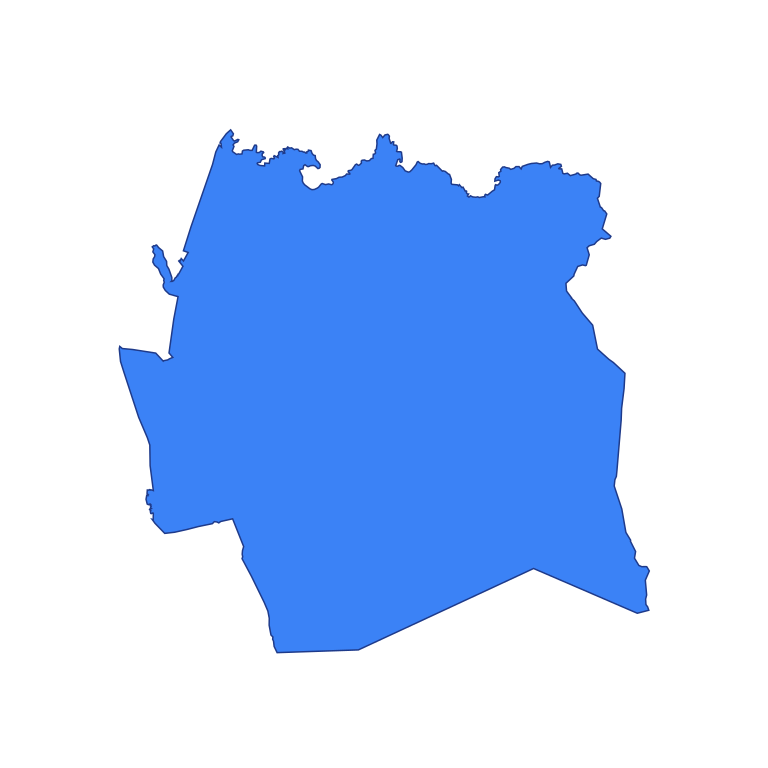 the district of Indras pag., Kraslavas, Latvia, rotated 76°
{"feature_id": "27541924B79959881652965", "entity_name": "Indras pag.", "entity_type": "district", "adm_level": 2, "iso_a3": "LVA", "parent_name": "Latvia", "parent_adm1": "Kraslavas", "projection": "albers", "projection_center": [27.484, 55.869], "detail": "fine", "context": "isolated", "style": "filled", "palette": "blue", "viewbox_px": 768, "rotation_deg": 76, "n_neighbors": 0, "source": "geoboundaries", "source_scale": "gbopen_adm2", "svg_char_len": 6170}
<svg xmlns="http://www.w3.org/2000/svg" viewBox="0 0 768 768"><g transform="rotate(76 384 384)"><path d="M100.3,471.3L102.9,476.3L109.2,484.0L110.5,484.8L111.0,483.9L114.9,484.4L112.2,486.2L118.2,491.1L129.4,497.2L184.7,533.2L206.2,546.4L209.0,542.2L216.1,548.8L213.2,550.4L215.6,552.3L214.6,552.7L215.0,553.4L221.1,550.6L227.5,556.5L227.6,557.3L228.9,557.9L228.7,558.3L230.1,559.7L230.5,560.9L232.7,562.9L233.2,564.6L233.0,565.6L232.6,564.9L229.3,564.1L220.6,564.9L216.5,566.1L212.4,565.3L207.1,567.0L201.4,566.6L197.1,569.7L194.2,571.0L194.0,571.5L194.6,573.0L194.1,574.0L194.9,575.7L197.2,574.8L199.9,576.3L203.1,575.0L205.0,575.8L206.8,577.7L209.8,578.8L213.2,577.9L217.4,574.9L223.3,574.1L228.8,571.9L230.1,572.7L232.1,572.6L234.5,574.3L236.6,574.7L240.3,573.6L244.9,570.6L249.4,562.7L270.2,572.3L301.9,585.1L307.1,582.5L307.6,585.9L308.3,588.1L308.1,592.3L308.4,592.7L298.8,598.0L289.7,619.6L286.3,629.3L283.6,631.3L285.9,632.4L298.4,634.2L309.8,633.5L357.0,630.1L378.9,626.6L386.6,626.0L406.7,630.7L431.6,633.6L430.3,635.7L430.4,636.5L429.9,636.7L429.7,637.3L430.1,637.9L429.6,639.3L432.8,640.4L434.3,639.6L434.4,640.7L435.1,640.3L434.9,641.3L438.3,642.8L443.2,642.8L444.1,641.8L443.8,640.0L444.5,639.4L445.5,640.3L446.2,639.4L447.7,640.6L448.6,639.9L448.7,641.5L449.2,641.9L450.5,640.9L451.3,641.6L453.2,641.6L453.5,641.1L453.2,639.5L453.6,639.1L459.9,640.8L459.3,641.7L463.8,639.9L475.9,632.9L477.2,623.0L477.5,610.0L477.4,598.5L478.0,584.3L476.5,581.9L477.5,579.4L478.8,577.9L477.9,575.7L478.2,563.5L507.8,559.5L511.4,561.6L514.9,562.8L517.5,562.9L519.1,564.0L538.7,559.1L566.8,553.1L576.2,551.6L583.5,552.0L590.3,553.8L600.2,554.4L602.6,553.0L604.7,553.8L606.8,553.4L612.1,554.1L618.8,552.7L635.8,473.2L599.2,283.5L667.7,193.7L667.6,181.8L664.0,182.1L661.4,183.2L656.0,182.2L652.3,180.2L637.6,177.9L629.6,171.8L625.0,173.2L624.6,173.8L623.6,178.1L621.7,180.6L613.6,183.1L607.4,180.4L596.3,182.9L595.2,182.5L586.5,185.2L562.8,183.5L538.7,185.3L532.7,183.1L529.9,180.9L524.0,178.8L476.7,162.7L465.0,159.3L446.6,152.2L431.9,147.6L418.7,156.2L414.5,159.8L401.8,168.4L377.4,167.3L363.0,174.5L349.5,179.2L346.1,181.4L345.9,181.1L338.0,184.4L330.3,183.1L325.1,173.7L323.5,173.0L316.8,167.6L316.5,162.5L317.9,159.9L317.7,159.0L308.3,153.6L300.9,154.0L299.5,151.4L299.3,146.1L297.2,143.1L295.0,137.9L297.2,134.1L297.1,129.6L295.6,128.1L286.3,134.7L272.9,126.7L269.5,128.0L268.9,129.0L265.4,130.3L264.7,131.3L255.4,132.0L254.0,129.8L241.9,125.2L240.4,125.9L239.4,126.7L238.3,128.8L236.8,128.8L235.4,131.3L229.7,135.2L229.1,142.3L228.5,143.3L226.2,144.8L226.1,146.2L226.7,146.9L226.9,152.8L223.9,155.0L223.7,158.4L222.9,159.5L218.3,159.5L217.6,162.1L217.1,162.2L215.7,159.2L213.7,159.3L212.4,162.1L212.8,165.6L212.4,167.6L214.1,170.0L208.5,169.9L207.6,171.3L207.8,174.4L208.5,177.1L208.0,179.7L206.5,182.5L205.7,187.6L205.7,191.3L206.3,197.2L208.5,198.9L205.7,200.4L205.0,203.4L206.2,205.7L206.4,209.1L204.9,210.3L203.4,213.5L202.5,214.5L202.2,216.4L204.1,219.0L205.8,219.1L206.7,221.5L210.4,221.9L210.7,222.9L210.0,224.8L211.7,226.6L214.0,227.4L213.8,223.7L214.9,222.1L215.6,222.1L216.5,222.4L218.2,224.7L218.5,226.3L217.6,227.3L218.0,228.0L222.3,229.8L223.1,232.3L225.7,237.7L224.5,239.7L225.2,240.5L226.8,240.9L226.4,241.4L226.1,246.5L225.1,247.7L225.0,249.8L223.9,252.7L222.3,254.6L223.1,255.8L223.1,256.5L221.8,257.6L220.1,256.0L219.7,257.2L218.5,257.8L217.0,257.2L216.5,257.6L216.5,258.5L212.1,259.7L212.3,260.9L208.8,262.7L209.7,263.7L208.5,264.6L206.7,269.8L205.4,270.3L201.8,269.1L196.5,269.7L196.0,270.6L192.6,273.1L191.5,275.0L191.6,275.9L184.5,280.1L184.6,281.4L184.4,281.7L181.7,282.4L181.7,284.8L180.9,287.5L181.3,288.8L181.0,290.7L180.1,291.8L179.9,293.3L178.7,295.4L176.4,297.1L176.7,298.1L178.9,299.8L183.0,305.2L184.3,307.6L184.3,309.1L182.3,311.9L178.5,313.4L175.9,315.5L175.5,316.3L176.0,318.0L175.6,319.3L175.0,319.8L169.7,316.4L169.5,314.4L169.8,314.1L172.0,314.8L172.9,314.4L172.9,313.2L172.5,312.7L169.2,311.7L163.3,311.0L162.7,311.7L161.8,315.0L161.3,315.5L158.7,314.1L156.2,313.8L155.3,314.4L154.5,316.6L154.0,316.9L151.4,316.0L151.0,317.2L152.3,319.0L152.1,319.3L146.9,319.6L144.8,318.8L143.0,319.6L142.6,320.1L142.6,322.9L144.6,325.6L141.8,326.8L140.8,327.9L145.6,332.0L149.3,332.7L154.2,334.6L155.1,336.2L157.8,336.3L158.6,337.5L158.5,338.8L162.4,340.1L162.2,341.8L163.7,344.1L163.6,345.3L163.4,346.8L161.9,348.8L161.6,351.2L162.2,352.1L164.2,352.5L165.6,354.9L165.6,356.0L164.0,357.3L164.3,358.7L168.3,363.3L168.6,364.6L168.4,366.7L168.7,367.3L169.5,367.4L171.3,366.2L172.1,366.5L171.2,369.5L172.4,371.0L173.1,374.6L172.5,377.6L173.2,380.5L172.9,385.0L173.4,385.3L175.9,384.3L177.1,384.8L177.9,385.9L177.9,386.8L176.5,389.3L176.4,392.5L174.5,395.5L174.8,396.6L177.2,399.8L177.8,401.4L178.4,404.5L178.0,406.9L176.7,408.6L171.5,412.8L169.3,413.8L167.3,414.1L163.3,412.9L156.7,414.3L155.5,413.4L155.7,410.6L152.7,409.1L152.1,407.6L154.5,405.6L154.8,404.5L154.4,402.6L154.8,399.8L155.8,398.1L159.0,396.0L159.0,394.8L158.4,393.7L155.7,392.9L152.4,394.2L150.8,395.4L148.8,395.9L145.7,395.5L144.9,397.0L142.9,398.0L139.9,398.3L138.8,400.7L139.7,401.0L140.1,402.8L141.1,403.0L140.9,404.2L139.8,404.8L139.5,406.0L138.4,407.2L137.7,409.7L135.5,410.7L134.9,412.4L134.9,414.4L132.5,416.5L132.3,418.5L130.7,420.1L131.2,420.8L132.5,420.6L131.8,422.2L132.8,423.3L131.6,423.6L131.4,424.8L132.5,425.1L133.3,424.4L136.0,424.4L135.9,426.1L134.9,425.4L133.3,427.2L133.5,428.2L133.2,429.2L134.3,430.4L136.1,430.6L136.7,431.9L138.5,432.0L135.9,435.3L136.6,436.0L138.3,435.7L138.9,436.4L137.8,438.9L138.1,440.2L142.2,442.0L140.8,446.2L143.5,447.1L141.9,451.6L140.4,453.5L139.2,453.7L138.8,453.2L138.9,450.3L137.1,448.9L136.7,448.1L136.6,444.8L136.0,444.5L135.0,444.9L134.3,446.6L132.9,447.0L131.1,446.4L130.4,444.8L129.6,444.9L128.3,447.1L129.2,449.0L128.8,451.2L128.2,451.8L122.4,450.0L121.2,450.4L121.0,451.8L125.4,455.4L124.9,457.5L123.9,459.0L123.2,463.6L123.7,465.0L126.4,466.1L126.1,468.5L125.5,469.7L125.6,471.5L122.0,474.6L121.0,474.8L117.2,472.1L115.5,472.6L114.1,470.9L113.6,467.4L111.9,465.8L111.3,466.6L112.1,470.2L111.4,471.1L107.3,472.6L106.8,472.3L106.7,470.7L104.8,469.6L100.3,471.3Z" fill="#3b82f6" stroke="#1e3a8a" stroke-width="1.5"/></g></svg>